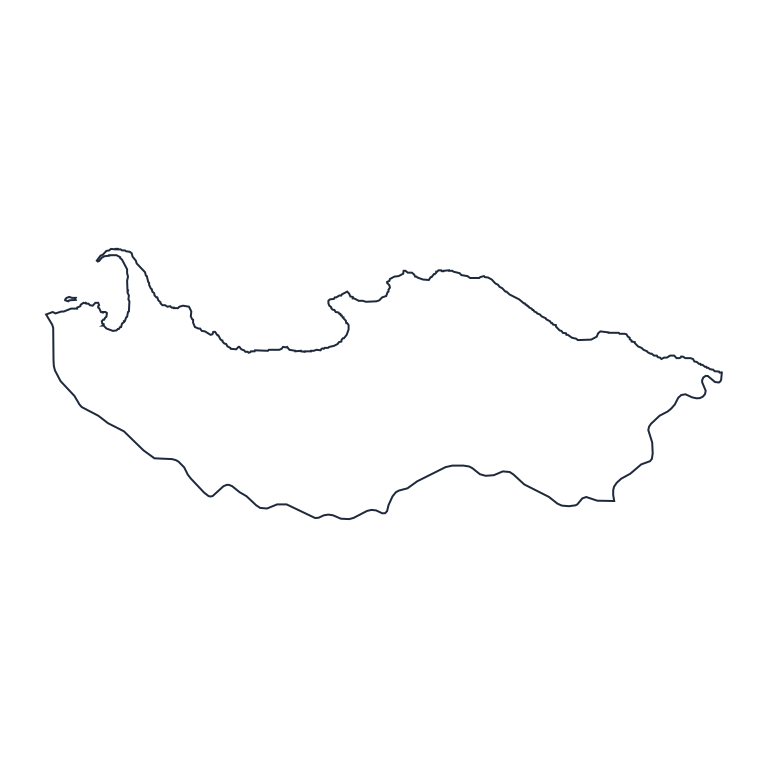 outline of Miches, El Seybo, Dominican Republic
{"feature_id": "3306468B50398630049357", "entity_name": "Miches", "entity_type": "district", "adm_level": 2, "iso_a3": "DOM", "parent_name": "Dominican Republic", "parent_adm1": "El Seybo", "projection": "mercator", "projection_center": [-69.004, 18.966], "detail": "fine", "context": "isolated", "style": "outline", "palette": "slate", "viewbox_px": 768, "rotation_deg": 0, "n_neighbors": 0, "source": "geoboundaries", "source_scale": "gbopen_adm2", "svg_char_len": 6081}
<svg xmlns="http://www.w3.org/2000/svg" viewBox="0 0 768 768"><path d="M721.9,371.6L721.5,372.6L719.6,372.6L719.1,371.6L714.6,371.2L713.2,369.7L710.0,369.2L708.2,367.8L706.8,367.8L706.3,366.8L704.9,366.8L702.6,364.9L700.8,364.9L700.4,363.9L699.0,363.9L696.7,361.9L694.4,361.5L693.0,359.0L690.3,358.1L685.2,358.1L682.9,356.6L681.1,356.6L680.6,357.6L679.3,358.1L676.5,358.1L674.2,355.6L670.1,355.6L666.9,357.6L664.1,357.6L661.4,359.0L660.0,357.6L657.7,357.1L656.8,355.6L654.0,355.6L651.7,353.7L650.4,353.7L647.6,352.2L647.1,351.3L643.5,349.8L641.6,347.9L638.0,346.4L634.8,343.0L634.8,342.1L631.6,341.6L631.6,340.6L629.7,339.1L629.7,337.7L627.9,336.7L626.5,334.3L624.7,333.8L619.6,333.8L618.7,332.8L608.6,332.8L608.6,332.4L600.4,331.4L598.1,333.3L596.7,336.7L591.2,339.6L577.9,340.1L576.1,338.7L571.9,337.7L567.8,334.8L566.4,334.8L566.0,333.3L562.8,332.8L561.4,330.9L559.6,330.4L555.9,326.5L555.9,325.1L553.1,324.6L552.2,323.1L551.3,323.1L549.9,321.2L546.2,319.3L545.8,318.3L541.7,316.4L539.8,314.4L537.1,313.4L536.6,312.5L534.3,311.5L533.4,310.0L532.5,310.0L531.6,308.6L529.3,307.6L528.4,306.2L527.5,306.2L526.5,304.7L525.6,304.7L524.7,303.3L523.8,303.3L519.2,299.4L509.6,294.5L506.4,291.6L505.4,291.6L502.2,288.2L499.5,286.8L498.1,284.8L495.3,283.4L491.7,279.5L488.0,277.5L484.8,277.1L483.9,276.1L480.2,277.1L479.3,278.0L470.1,278.0L467.4,276.1L461.4,275.1L459.6,273.2L453.6,271.7L452.2,270.8L449.0,270.8L449.0,270.3L443.5,270.8L443.5,271.2L441.7,271.2L441.2,270.3L438.5,270.3L437.1,271.7L436.2,271.7L436.2,272.7L434.8,274.1L433.9,274.1L431.6,277.1L430.7,277.1L428.8,280.0L422.9,279.5L417.4,277.5L416.5,276.6L415.1,276.6L414.2,274.6L411.9,272.7L407.8,272.7L405.5,270.8L403.6,270.8L403.2,273.7L398.6,276.1L394.4,276.6L389.9,279.0L389.4,280.9L387.1,281.9L387.1,282.9L389.4,285.3L389.9,287.7L388.5,289.7L388.5,291.6L387.6,292.1L386.2,296.0L382.1,297.4L379.3,300.3L376.6,301.3L366.0,301.8L362.8,300.8L358.7,300.8L354.1,298.4L352.7,298.4L352.7,296.9L350.4,296.5L349.1,293.6L347.2,291.6L341.7,294.5L341.3,295.5L339.4,295.5L336.2,297.4L334.8,297.4L333.9,298.9L329.8,299.4L328.4,300.8L328.4,303.3L329.3,305.7L331.2,307.1L331.2,308.1L332.5,309.6L334.4,310.0L335.7,312.0L338.5,312.5L339.4,313.9L340.3,313.9L340.8,315.4L341.7,315.4L342.6,317.3L343.5,317.3L343.5,318.3L345.8,320.7L346.3,323.1L347.2,323.1L348.6,325.1L348.6,329.4L346.7,334.8L344.0,338.2L343.1,338.2L341.7,339.6L341.3,341.6L339.0,342.1L337.6,344.0L333.9,345.9L329.3,346.9L328.0,347.9L324.7,347.9L323.8,348.8L322.9,348.4L321.5,348.8L320.6,350.3L316.5,349.8L313.7,350.8L311.0,350.8L311.0,351.3L304.6,351.3L304.6,351.8L300.9,351.3L300.9,350.8L295.4,351.3L295.4,350.8L289.4,349.8L287.1,346.9L286.2,347.4L283.0,346.9L281.6,348.8L279.3,349.8L268.8,349.8L267.9,350.8L255.0,350.3L254.6,351.3L250.9,351.3L250.4,352.2L248.6,352.7L247.7,351.8L245.4,351.8L244.0,350.3L241.3,349.3L239.4,346.9L238.5,346.9L236.2,349.3L230.7,348.8L230.3,347.9L227.5,346.4L226.1,344.0L224.3,343.5L222.5,341.6L222.5,340.6L220.6,339.6L218.3,335.3L217.4,335.3L215.1,331.9L213.3,331.9L212.4,334.3L210.5,334.8L205.0,331.4L201.8,330.9L200.0,328.5L198.2,328.5L194.9,327.0L193.1,322.7L193.1,319.7L192.2,319.3L190.8,316.4L191.3,311.5L189.0,306.7L183.0,305.7L179.4,306.7L178.0,308.1L173.8,308.1L173.8,307.6L171.6,307.6L170.2,306.2L167.4,306.7L165.1,305.2L162.4,305.2L160.5,303.3L160.5,302.3L158.3,300.3L157.3,297.4L156.4,297.4L154.6,295.5L154.1,293.1L152.3,291.6L151.8,289.2L150.9,288.7L149.1,284.8L149.1,282.9L148.2,281.9L146.8,276.1L145.9,275.6L145.0,272.2L136.7,263.5L135.8,260.6L132.6,256.7L131.7,253.3L129.8,251.8L126.2,251.3L124.8,250.4L122.0,250.4L120.7,249.4L117.9,249.4L117.9,248.9L115.6,248.9L115.6,249.4L111.0,248.9L109.2,250.4L106.4,250.9L102.8,254.7L100.5,255.7L96.8,260.6L97.7,261.5L99.1,261.0L101.8,257.7L104.6,256.2L109.2,255.7L109.2,255.2L116.5,255.2L120.2,257.2L120.2,258.1L122.0,259.6L127.1,269.3L127.1,273.2L128.0,276.6L127.1,280.9L127.5,290.6L128.0,290.6L127.5,292.6L128.9,295.5L128.4,299.4L129.4,301.3L128.9,311.5L128.0,312.0L127.1,316.8L126.2,317.3L124.8,321.2L123.9,321.2L123.9,322.2L122.0,323.6L121.1,327.0L120.2,327.0L118.8,329.0L117.9,329.0L116.5,330.4L112.9,330.9L106.4,328.5L103.7,325.6L102.8,325.6L103.7,325.1L103.7,324.1L102.3,323.6L101.8,321.2L103.2,319.7L104.1,319.7L105.1,317.8L106.4,316.8L106.9,313.0L105.5,312.0L102.8,312.0L102.8,312.5L100.9,312.0L99.1,308.1L98.2,307.6L98.2,306.2L99.1,305.2L98.2,302.8L95.4,302.8L92.7,305.7L89.9,305.2L88.5,303.7L86.7,303.7L85.8,302.8L85.3,303.3L83.5,302.8L80.7,304.7L80.3,306.2L77.1,307.6L77.1,308.6L71.1,308.6L63.8,311.5L61.5,311.5L55.5,313.4L52.7,312.0L46.1,314.5L52.2,324.7L53.2,328.0L53.5,359.5L53.8,365.7L54.9,370.3L60.6,381.2L74.4,395.9L79.6,404.7L81.8,407.1L98.4,415.8L108.0,423.2L123.9,431.3L143.4,450.3L154.4,458.3L172.0,459.1L175.8,460.1L178.6,461.7L184.2,467.4L187.7,474.5L190.6,478.3L204.2,492.7L208.6,496.1L210.7,496.5L212.7,496.0L223.5,486.2L226.7,484.9L229.0,484.9L232.2,486.2L239.6,492.2L246.5,496.2L256.2,505.3L260.1,507.9L267.0,508.5L277.1,504.4L286.6,504.4L315.1,518.0L318.4,517.8L323.9,515.3L328.4,514.6L333.0,515.3L340.9,518.7L349.2,519.1L353.6,517.9L367.1,510.9L371.5,509.9L376.1,510.4L382.3,513.3L385.1,513.2L387.1,511.1L388.5,505.2L392.5,496.4L395.9,492.2L398.8,490.6L407.5,488.3L417.2,481.3L445.6,467.1L452.4,465.6L463.4,465.6L469.2,466.5L472.4,468.2L479.9,474.2L485.6,475.8L493.8,475.2L502.8,471.4L509.7,472.0L513.6,474.6L524.2,484.4L548.9,496.9L557.4,503.6L561.8,505.6L569.0,506.2L575.6,505.3L577.4,504.3L582.3,498.4L586.2,497.0L597.3,500.7L614.2,501.0L613.2,495.1L613.2,490.3L614.0,486.8L616.7,482.8L621.2,478.7L630.3,473.7L641.2,464.4L650.0,461.2L651.9,458.8L652.7,453.4L652.2,442.5L648.3,430.1L649.0,426.8L650.9,423.9L659.6,415.7L667.7,411.5L671.1,408.7L674.8,404.5L678.2,397.8L681.3,395.0L685.5,394.3L692.0,397.3L696.5,398.3L699.9,398.1L702.9,396.6L705.0,394.1L705.7,390.8L702.2,382.4L702.1,380.3L703.3,377.5L705.7,375.9L707.8,376.0L715.0,382.0L718.9,382.5L720.5,381.2L721.2,379.4L721.9,371.6ZM69.3,296.9L66.5,297.9L65.2,299.4L65.2,300.3L68.4,301.3L69.3,300.3L75.7,299.9L75.2,298.9L75.7,297.9L72.0,297.9L69.3,296.9Z" fill="none" stroke="#1e293b" stroke-width="2"/></svg>